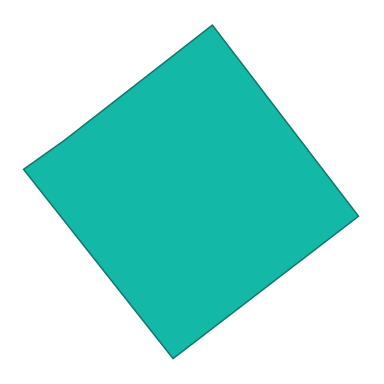 the district of Crawford, Michigan, United States of America, rotated 142°
{"feature_id": "52423323B93401682772599", "entity_name": "Crawford", "entity_type": "district", "adm_level": 2, "iso_a3": "USA", "parent_name": "United States of America", "parent_adm1": "Michigan", "projection": "orthographic", "projection_center": [-84.626, 44.683], "detail": "fine", "context": "isolated", "style": "filled", "palette": "teal", "viewbox_px": 384, "rotation_deg": 142, "n_neighbors": 0, "source": "geoboundaries", "source_scale": "gbopen_adm2", "svg_char_len": 237}
<svg xmlns="http://www.w3.org/2000/svg" viewBox="0 0 384 384"><g transform="rotate(142 192 192)"><path d="M75.7,70.4L73.2,311.0L261.1,311.3L310.8,313.6L309.5,72.4L75.7,70.4Z" fill="#14b8a6" stroke="#0f766e" stroke-width="1.5"/></g></svg>